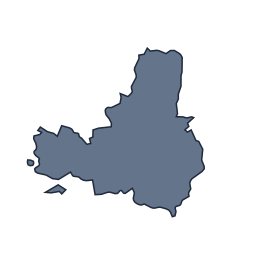 the border of Valladolid, rotated 290°
{"feature_id": "ESP-5850", "entity_name": "Valladolid", "entity_type": "Autonomous Community", "adm_level": 1, "iso_a3": "ESP", "parent_name": "Spain", "parent_adm1": "", "projection": "robinson", "projection_center": [-4.954, 41.703], "detail": "fine", "context": "isolated", "style": "filled", "palette": "slate", "viewbox_px": 256, "rotation_deg": 290, "n_neighbors": 0, "source": "natural_earth", "source_scale": "10m", "svg_char_len": 2285}
<svg xmlns="http://www.w3.org/2000/svg" viewBox="0 0 256 256"><g transform="rotate(290 128 128)"><path d="M216.7,145.0L215.5,151.1L214.6,152.8L212.8,154.8L199.1,159.6L195.4,159.9L185.4,163.5L177.1,163.7L172.4,165.4L167.5,165.0L158.4,169.6L155.1,169.5L157.3,176.0L157.4,179.2L157.8,180.2L160.1,183.7L160.3,184.6L160.2,186.2L152.9,182.3L150.3,184.6L145.7,182.1L144.5,185.3L147.8,188.0L139.5,196.1L139.5,199.1L133.6,205.5L123.0,208.2L118.0,212.7L115.7,213.6L112.4,212.4L102.1,205.4L99.3,204.7L97.0,205.0L92.2,207.8L88.3,207.1L86.7,207.5L84.7,208.7L79.0,204.0L77.6,203.6L74.7,203.7L73.4,203.3L72.5,202.5L70.9,200.2L69.9,199.6L68.9,199.7L65.8,201.7L61.5,202.2L59.8,200.0L63.5,196.6L64.8,194.4L65.1,191.7L64.7,186.0L64.2,184.2L61.8,180.4L61.3,178.8L61.2,176.9L62.1,169.3L61.5,168.4L60.7,167.7L60.0,166.2L59.8,163.9L60.1,161.5L60.9,159.4L62.3,157.8L63.8,157.0L68.7,156.3L69.8,155.7L72.8,152.7L65.7,147.8L65.2,146.5L65.7,145.4L66.5,144.3L67.0,143.0L66.5,142.0L63.0,140.6L61.9,138.3L61.5,132.7L60.3,130.4L56.6,125.7L54.1,119.9L67.0,112.5L64.4,107.2L63.7,104.3L64.0,101.2L65.0,98.9L65.0,97.2L64.1,94.0L64.2,92.4L66.9,89.1L55.9,80.3L54.6,74.4L55.8,67.1L54.7,58.5L55.3,55.8L57.7,54.3L58.7,54.6L62.2,57.2L63.6,57.3L66.2,55.5L67.6,55.1L68.1,55.2L68.4,55.3L68.7,55.3L69.1,54.9L69.4,54.3L70.4,51.0L71.8,48.8L72.8,48.1L74.0,47.8L76.8,49.1L79.6,48.3L82.2,46.5L84.9,43.7L86.3,42.8L88.4,42.4L91.8,47.4L94.4,48.3L94.8,44.1L98.9,45.3L97.0,53.6L97.5,60.0L96.1,64.4L107.5,64.9L108.1,73.1L107.9,74.6L107.5,76.0L105.4,78.4L105.2,79.5L105.9,82.4L105.6,83.5L104.9,84.1L104.0,84.6L103.3,85.2L103.0,85.8L102.5,88.0L98.6,94.9L100.7,98.3L105.0,95.4L107.5,98.1L114.2,95.8L117.8,100.4L123.4,111.8L127.0,110.7L130.4,107.0L132.6,103.2L134.5,101.7L136.5,100.7L137.5,100.5L138.3,100.6L139.9,101.5L140.5,102.1L141.5,105.4L148.4,112.1L154.3,111.1L157.7,108.9L157.5,117.2L161.1,119.0L163.3,119.6L164.2,119.3L166.7,117.6L168.3,117.0L178.4,118.4L180.8,117.4L184.7,114.2L186.7,113.7L196.9,114.6L200.2,113.3L202.9,118.0L209.6,118.8L207.9,122.7L210.8,128.3L211.2,130.7L210.9,138.3L215.3,141.4L216.7,145.0ZM39.3,72.4L50.7,81.8L48.7,90.7L43.4,88.3L44.9,85.2L40.8,78.0L39.3,72.4ZM63.7,44.7L64.5,47.5L64.3,50.5L62.5,51.5L60.4,51.3L59.2,49.2L59.2,46.8L61.3,45.2L63.7,44.7Z" fill="#64748b" stroke="#1e293b" stroke-width="1.5"/></g></svg>